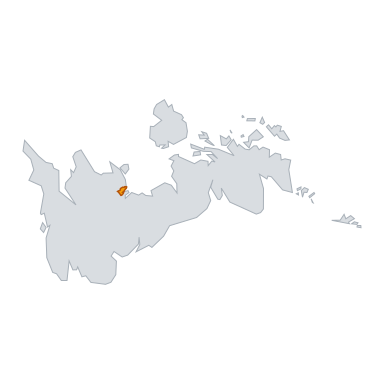 Flintshire on a map of United Kingdom (Albers equal-area conic projection), rotated 90°
{"feature_id": "GBR-2126", "entity_name": "Flintshire", "entity_type": "Unitary Authority (wales)", "adm_level": 1, "iso_a3": "GBR", "parent_name": "United Kingdom", "parent_adm1": "", "projection": "albers", "projection_center": [-3.16, 53.209], "detail": "fine", "context": "in_parent", "style": "filled", "palette": "amber", "viewbox_px": 384, "rotation_deg": 90, "n_neighbors": 0, "source": "natural_earth", "source_scale": "10m", "svg_char_len": 4378}
<svg xmlns="http://www.w3.org/2000/svg" viewBox="0 0 384 384"><g transform="rotate(90 192 192)"><path d="M204.9,308.0L188.1,319.0L182.8,318.3L176.4,312.6L169.7,313.3L172.6,310.4L166.8,307.8L156.7,311.2L152.4,308.6L149.9,303.0L171.7,289.5L175.0,282.8L173.2,280.7L172.9,271.0L161.8,274.2L169.8,263.7L179.4,258.7L187.6,257.5L191.9,260.3L190.6,256.0L192.5,255.0L195.3,258.8L198.4,258.7L192.5,252.3L195.1,245.4L192.9,241.9L195.5,238.2L196.1,231.4L190.6,233.0L182.8,219.2L185.2,212.7L193.0,207.0L183.7,207.2L176.3,212.4L170.9,210.2L166.1,212.9L160.7,210.1L158.9,214.9L155.0,209.6L154.4,205.5L156.5,205.5L163.7,189.5L160.0,183.2L161.3,176.0L165.6,175.8L161.1,172.2L162.0,168.9L154.5,177.1L154.5,171.6L158.6,166.4L151.6,172.9L151.3,180.8L147.9,192.6L144.1,193.3L149.3,179.7L147.2,179.3L149.2,165.6L155.7,149.9L147.4,156.7L139.3,150.6L146.4,146.6L144.3,145.0L149.1,138.9L149.8,134.8L145.9,130.1L145.9,127.3L149.7,124.9L147.1,121.0L149.7,114.5L157.2,114.7L153.1,108.7L154.5,103.4L160.0,102.8L158.8,99.0L160.1,93.3L169.7,95.2L192.5,91.6L189.9,101.4L176.8,112.6L176.0,116.0L179.0,117.1L174.2,124.6L188.5,120.5L209.0,120.6L212.6,123.4L214.1,127.7L202.1,154.1L188.1,162.7L195.5,161.7L199.6,164.1L199.2,166.2L187.2,173.3L179.7,171.1L192.7,175.7L200.6,173.3L208.6,177.1L217.5,187.4L225.7,214.4L236.2,220.4L247.4,232.1L245.3,235.2L251.8,247.9L244.5,244.2L237.2,244.9L244.1,245.6L255.1,256.3L257.0,261.8L251.5,270.0L256.1,272.9L261.1,267.6L274.7,268.2L282.3,273.1L284.3,278.5L282.4,293.1L275.8,298.2L276.8,302.1L266.9,306.3L269.8,307.4L269.9,311.1L260.9,314.9L280.5,317.0L280.5,322.7L273.8,327.4L272.4,331.3L257.7,337.2L238.0,337.9L225.3,334.1L227.0,336.5L213.2,339.7L214.6,342.8L213.2,343.6L193.9,340.2L185.8,342.8L180.3,355.1L170.0,350.2L159.2,353.2L151.1,361.0L140.3,359.4L156.1,345.5L162.4,338.0L163.7,331.8L168.2,330.3L170.5,325.2L191.2,324.9L204.9,308.0ZM138.0,234.3L126.3,233.6L126.6,230.3L120.3,222.3L114.0,230.6L108.9,229.9L104.5,227.4L99.7,219.6L107.1,215.6L104.5,212.2L111.1,210.4L114.7,202.5L117.7,200.6L119.7,202.1L122.7,198.0L131.3,196.6L137.5,197.6L144.4,210.5L141.3,215.9L146.7,215.4L148.5,220.6L148.2,222.4L144.9,218.9L145.0,224.2L146.8,224.6L145.8,227.7L141.7,228.7L138.0,234.3ZM140.4,99.0L138.1,104.4L134.1,107.2L136.2,109.5L126.8,117.6L124.8,115.5L128.8,112.2L125.6,109.6L126.9,108.1L125.2,106.7L126.4,102.7L131.4,104.0L130.7,100.5L139.9,94.6L140.4,99.0ZM140.2,125.9L140.1,131.9L147.9,134.9L142.3,140.4L141.7,135.5L136.7,135.2L129.6,127.4L136.8,120.7L140.2,125.9ZM218.7,29.6L222.1,35.5L223.7,34.6L220.3,52.3L220.2,43.8L214.3,39.9L218.8,38.2L215.6,33.3L218.7,29.6ZM145.0,162.5L135.6,163.7L138.9,157.7L135.9,155.1L139.8,152.8L145.5,157.9L145.0,162.5ZM169.1,255.1L174.0,258.7L167.8,264.0L164.5,260.0L164.3,256.0L169.1,255.1ZM138.4,175.3L138.8,183.9L134.8,185.3L135.1,179.8L131.7,182.3L133.3,177.4L138.4,175.3ZM192.5,77.1L192.2,80.0L197.2,81.5L190.6,82.7L187.6,79.6L189.3,75.7L192.5,77.1ZM156.0,191.0L152.0,189.9L151.5,184.0L154.8,183.4L156.0,191.0ZM232.5,340.4L228.9,343.7L222.6,341.4L227.5,337.9L232.5,340.4ZM141.0,179.0L139.3,176.5L145.7,169.6L144.3,173.1L141.0,179.0ZM122.5,119.4L124.3,121.3L122.7,124.1L117.2,121.7L122.5,119.4ZM120.8,137.2L118.6,136.6L118.5,128.7L120.9,129.1L120.8,137.2ZM223.8,32.4L221.8,29.7L222.8,26.0L224.4,27.1L223.8,32.4ZM197.7,74.3L196.3,75.1L192.5,70.0L193.7,69.3L197.7,74.3ZM190.6,86.6L188.8,87.0L186.9,83.0L188.9,83.1L190.6,86.6ZM227.7,23.0L227.0,27.0L225.5,26.7L225.5,23.2L227.7,23.0ZM202.5,71.6L198.8,72.9L202.9,70.8L202.5,71.6ZM137.2,142.7L136.0,143.0L134.6,140.9L136.5,140.0L137.2,142.7ZM195.0,85.5L193.8,87.7L192.8,85.7L195.0,85.5ZM132.4,153.1L129.9,154.0L133.2,151.9L132.4,153.1ZM117.6,141.7L116.1,142.0L115.5,141.3L117.1,140.0L117.6,141.7Z" fill="#d9dde1" stroke="#a8b0b8" stroke-width="1"/><path d="M192.1,260.3L192.5,260.5L193.2,260.6L193.4,260.7L194.6,261.7L195.2,262.3L195.3,262.5L195.4,262.9L195.4,263.1L194.6,263.6L194.5,263.8L193.9,264.1L192.7,265.1L191.8,265.9L191.4,266.4L191.0,265.7L190.6,264.8L190.3,264.1L190.1,263.8L189.7,263.7L189.4,263.7L189.0,263.7L188.6,263.5L188.1,262.9L187.6,262.0L187.3,261.6L187.2,261.2L187.2,260.7L187.3,260.2L187.3,259.9L187.2,259.5L186.7,259.3L186.6,259.1L186.7,258.0L186.9,257.6L186.9,257.4L187.0,257.4L187.5,257.4L188.2,257.7L188.6,258.0L188.8,258.4L189.0,258.6L191.4,260.2L191.7,260.5L191.9,260.9L192.1,261.1L192.1,260.9L192.1,260.3Z" fill="#f59e0b" stroke="#b45309" stroke-width="1.5"/></g></svg>